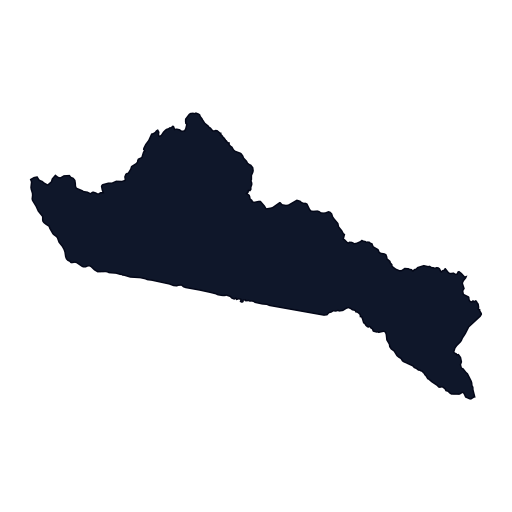 the district of Guamal, Meta, Colombia
{"feature_id": "7082276B65366960743298", "entity_name": "Guamal", "entity_type": "district", "adm_level": 2, "iso_a3": "COL", "parent_name": "Colombia", "parent_adm1": "Meta", "projection": "robinson", "projection_center": [-73.928, 3.941], "detail": "fine", "context": "isolated", "style": "filled", "palette": "ink", "viewbox_px": 512, "rotation_deg": 0, "n_neighbors": 0, "source": "geoboundaries", "source_scale": "gbopen_adm2", "svg_char_len": 6047}
<svg xmlns="http://www.w3.org/2000/svg" viewBox="0 0 512 512"><path d="M82.1,190.7L76.4,188.3L75.9,187.5L75.4,186.1L75.3,183.6L74.8,180.4L73.2,178.4L70.6,177.3L69.4,175.6L64.0,175.9L60.7,177.8L59.7,177.9L57.8,177.3L55.4,175.4L52.3,179.0L51.5,181.8L47.7,185.1L44.2,183.2L42.0,181.4L40.1,180.7L38.8,179.8L37.1,177.0L34.1,177.6L30.7,179.5L31.6,181.9L31.0,187.4L31.3,189.3L32.5,193.3L32.6,195.4L32.2,198.9L32.6,200.4L36.2,206.3L38.3,211.0L42.7,216.5L42.7,220.0L43.0,221.3L44.0,222.6L46.0,224.2L49.1,226.2L49.9,228.4L52.9,233.6L53.6,234.4L56.6,236.6L57.5,237.8L59.1,242.2L62.4,246.3L64.1,249.4L65.0,252.0L65.7,256.7L66.5,258.8L67.9,260.3L70.0,261.3L70.9,262.4L71.7,262.6L74.9,262.1L76.6,262.5L82.3,266.4L83.5,266.8L85.5,266.8L87.8,265.8L89.8,265.8L91.3,266.7L94.5,269.8L97.7,271.7L105.8,271.5L107.4,271.8L109.1,272.6L116.1,273.1L120.2,274.3L121.9,274.4L122.6,275.0L124.4,275.2L130.3,277.0L140.3,277.6L145.3,278.7L147.5,279.6L151.7,280.1L169.3,283.9L173.6,285.5L176.7,285.8L178.3,285.2L181.6,285.0L183.5,286.7L185.7,287.5L199.6,290.0L210.2,292.3L215.8,293.7L217.9,294.7L222.1,295.4L223.9,295.5L224.4,295.2L224.9,295.5L226.2,295.0L230.3,296.4L231.8,298.0L234.2,299.0L235.8,298.1L236.6,299.4L238.7,298.7L240.9,299.3L241.1,299.9L240.5,301.4L241.5,302.0L242.6,301.9L243.0,301.4L242.8,300.8L243.1,300.2L243.8,299.9L245.4,299.9L245.5,300.6L245.9,300.7L248.8,300.5L249.7,301.0L252.0,300.9L254.0,301.5L255.0,302.3L262.3,303.9L266.9,304.3L269.5,305.4L324.0,315.1L327.0,314.7L328.7,312.7L331.2,312.0L333.2,310.7L335.7,311.0L337.9,310.4L339.3,310.9L342.8,310.4L346.3,308.2L348.5,307.5L351.1,308.7L352.3,309.7L354.6,310.2L355.3,310.6L356.0,311.9L357.1,311.9L358.7,313.0L360.2,314.5L360.4,316.6L361.6,316.7L362.5,318.7L363.7,322.8L364.7,323.3L366.0,325.4L367.5,326.7L368.4,327.0L369.6,326.5L370.4,326.8L370.8,327.8L372.5,328.9L373.2,330.9L373.7,331.2L376.7,332.0L377.5,331.8L378.7,332.3L383.7,331.2L384.8,331.6L385.6,332.5L386.3,334.4L386.9,339.9L389.4,344.1L389.8,346.7L391.3,348.9L394.2,351.0L397.0,355.6L398.9,357.2L401.0,358.4L402.5,360.8L403.6,361.6L412.8,365.8L414.3,367.5L416.4,368.4L418.4,370.0L420.0,370.2L421.0,370.9L422.5,371.3L423.2,372.5L424.1,373.1L425.0,374.8L426.1,375.8L427.8,378.7L428.4,378.8L431.8,381.7L437.2,385.3L438.8,387.0L439.8,387.2L442.2,386.7L442.7,387.0L445.0,388.7L446.0,390.6L448.1,391.2L450.0,393.1L451.5,394.0L459.2,394.1L460.7,393.4L461.8,392.5L462.7,392.3L464.0,393.3L465.7,397.0L469.8,398.8L470.9,398.9L473.9,397.0L474.7,396.9L472.9,389.7L472.8,387.2L471.9,385.6L471.7,383.0L471.2,381.3L467.4,373.8L465.9,372.5L463.3,369.2L462.8,368.7L462.1,368.7L461.2,367.7L460.4,364.6L461.4,361.9L460.5,357.5L458.4,354.6L456.8,354.9L456.1,353.7L454.7,353.2L453.6,352.2L454.9,348.0L456.7,345.5L460.3,341.9L461.3,340.5L462.3,338.1L465.3,333.5L468.7,326.8L480.1,316.3L481.3,314.3L481.2,313.4L479.7,310.9L479.6,309.6L478.4,309.4L478.2,308.9L478.6,307.3L478.1,304.1L476.8,302.4L476.4,301.3L475.5,300.9L474.2,301.8L473.0,300.9L471.8,302.0L470.3,301.6L469.6,300.9L468.9,299.4L468.8,297.7L468.5,297.0L463.3,294.4L462.6,290.8L464.0,288.5L462.4,283.7L462.4,282.7L463.4,280.6L465.6,277.9L466.1,276.7L464.9,277.1L464.4,276.9L461.3,273.5L459.0,271.7L458.2,271.9L457.1,274.2L455.3,274.4L453.5,273.2L450.6,273.6L449.5,273.4L448.3,272.6L445.3,268.8L445.0,268.9L444.2,270.3L442.7,270.7L441.4,271.9L441.0,271.8L439.4,268.8L438.1,267.9L436.6,267.7L434.9,268.4L433.5,267.8L431.4,267.6L429.6,266.4L428.1,266.7L423.8,265.7L417.7,267.6L416.1,269.3L414.5,269.6L413.2,270.9L412.4,270.9L411.5,269.7L409.5,269.4L408.5,268.8L404.8,268.5L401.8,270.6L399.5,270.8L395.7,269.2L392.0,266.4L391.8,264.6L390.2,262.8L389.9,261.4L386.9,258.8L386.7,257.0L385.8,254.7L384.1,253.9L380.9,253.4L379.2,252.5L378.0,249.7L373.1,246.8L371.8,243.7L370.6,243.5L369.3,242.3L367.6,242.1L366.3,242.4L365.3,241.6L362.9,241.1L361.9,240.5L360.4,241.7L356.8,243.3L354.7,243.7L353.7,243.7L353.2,243.1L351.6,242.4L349.4,242.3L348.5,243.2L347.0,242.4L344.5,239.8L343.2,239.2L344.4,234.5L343.3,233.8L341.7,230.8L338.5,226.8L337.8,223.5L333.8,218.7L332.5,216.8L331.6,213.9L330.0,212.3L328.5,211.8L325.5,213.0L323.3,213.2L320.7,212.9L319.0,211.6L317.4,211.1L313.5,211.4L311.1,211.2L309.5,209.5L306.9,204.1L305.5,203.4L303.4,203.4L301.3,202.5L300.1,201.3L296.9,200.3L288.6,205.1L287.7,205.3L285.9,205.5L282.0,204.8L280.2,202.8L279.7,202.7L272.9,207.5L271.2,208.1L266.5,208.9L265.9,208.7L264.4,206.1L260.4,201.5L259.1,201.4L254.2,202.4L252.1,201.8L252.1,201.0L251.8,200.4L249.9,198.8L249.7,196.9L249.1,195.3L246.5,193.5L248.0,192.3L248.4,190.4L249.9,190.6L250.8,189.4L250.8,187.1L251.7,184.7L251.7,183.0L250.9,180.9L251.4,179.4L251.4,175.3L252.7,172.4L253.1,170.8L252.7,167.7L250.7,165.2L249.4,164.7L247.4,163.2L246.5,161.3L243.5,158.1L242.7,156.0L241.1,153.8L240.4,153.3L235.0,151.3L233.4,149.9L231.9,147.2L230.4,146.2L229.0,144.5L229.1,143.0L228.0,142.8L226.9,141.9L226.4,140.9L225.6,140.8L225.3,139.8L223.8,137.8L222.9,137.2L222.5,136.3L221.3,134.9L220.5,134.8L220.8,133.3L219.9,133.1L217.2,130.8L215.7,130.5L214.1,131.1L212.6,130.8L210.3,128.0L209.2,127.6L208.2,126.1L204.7,123.3L203.0,120.6L202.4,120.0L202.3,119.3L200.1,116.4L199.7,115.0L198.5,114.1L195.9,113.1L194.6,113.7L192.9,113.3L190.4,113.6L189.2,114.5L185.7,119.1L185.6,121.3L185.9,123.5L186.9,124.1L185.8,128.7L184.6,130.9L181.7,131.4L179.5,129.8L176.7,129.2L174.6,129.5L173.5,126.6L172.9,126.3L172.3,126.6L171.6,127.8L169.8,127.9L168.6,128.8L166.8,129.3L165.6,130.1L163.5,132.2L161.7,135.0L160.6,136.0L159.3,136.3L158.7,135.7L158.5,134.0L158.8,132.2L157.7,130.2L156.5,130.9L155.3,132.5L153.1,133.8L151.7,134.1L148.8,140.5L145.8,144.5L143.9,148.3L143.7,149.5L144.7,150.5L144.9,151.2L143.8,151.8L143.4,152.7L141.9,157.6L138.4,159.2L137.8,160.5L137.7,161.8L136.5,163.5L131.6,166.6L130.8,169.2L128.3,173.3L126.9,173.6L125.9,174.3L124.9,176.9L125.3,179.3L125.0,180.5L122.0,181.5L116.3,181.3L112.1,183.2L108.4,183.2L102.8,184.7L102.0,185.4L101.6,186.4L102.3,189.9L103.3,192.7L100.5,192.8L98.5,194.1L97.7,194.1L95.7,193.0L93.2,192.2L92.4,192.4L90.5,193.8L87.3,192.2L83.4,191.6L82.1,190.7Z" fill="#0f172a" stroke="#020617" stroke-width="1.5"/></svg>